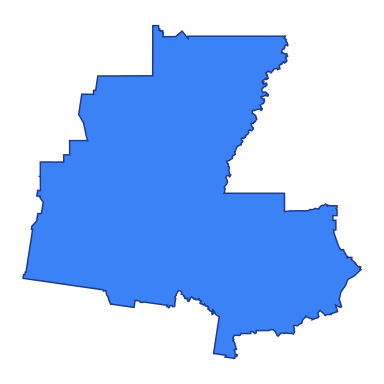 Greater Bendigo, Victoria, Australia
{"feature_id": "25037944B4073485904680", "entity_name": "Greater Bendigo", "entity_type": "district", "adm_level": 2, "iso_a3": "AUS", "parent_name": "Australia", "parent_adm1": "Victoria", "projection": "robinson", "projection_center": [144.51, -36.723], "detail": "fine", "context": "isolated", "style": "filled", "palette": "blue", "viewbox_px": 384, "rotation_deg": 0, "n_neighbors": 0, "source": "geoboundaries", "source_scale": "gbopen_adm2", "svg_char_len": 5960}
<svg xmlns="http://www.w3.org/2000/svg" viewBox="0 0 384 384"><path d="M152.8,25.6L152.7,75.8L97.8,76.0L95.7,90.3L93.6,90.3L93.6,94.3L81.8,94.2L78.7,114.5L83.5,122.8L86.5,136.8L87.7,140.6L69.6,140.6L69.7,154.8L63.7,154.8L63.7,162.1L40.3,162.0L40.3,176.6L39.9,176.6L40.4,177.0L40.4,190.7L37.7,190.3L36.8,195.9L40.2,196.4L40.0,197.8L43.2,202.0L41.5,213.5L37.8,213.6L36.6,221.0L31.9,226.2L31.4,229.4L32.6,229.6L26.0,272.2L25.3,272.1L24.8,274.9L23.6,274.7L23.0,278.3L103.5,289.9L103.5,291.0L105.7,290.4L106.6,294.6L108.3,297.7L109.0,300.5L110.7,304.3L111.6,303.9L111.7,304.2L134.0,307.4L135.1,300.4L139.7,301.0L140.3,302.3L141.6,302.5L144.4,302.1L167.5,305.3L166.9,306.5L167.7,306.4L168.5,307.6L169.3,307.5L169.5,306.7L170.4,305.4L171.9,305.6L172.4,306.6L174.2,306.6L174.6,306.3L174.9,305.3L174.8,302.5L175.5,300.9L175.0,299.6L175.8,298.9L174.8,296.7L176.2,295.4L176.2,294.0L176.7,293.6L177.9,291.3L178.9,290.7L180.7,290.9L181.7,292.8L181.3,294.1L182.6,294.4L183.6,295.4L183.7,296.1L184.6,296.9L184.6,298.3L186.3,298.8L187.2,298.2L187.9,301.2L188.7,301.3L189.5,300.6L189.4,299.8L190.4,298.7L190.4,297.9L191.3,296.9L193.0,297.6L193.0,298.3L193.7,298.9L194.4,299.2L195.4,298.9L196.0,299.7L197.0,299.5L197.9,299.8L198.6,298.3L199.0,298.5L199.4,300.1L200.0,300.0L200.5,300.9L201.5,301.0L201.5,301.3L200.2,302.3L200.0,303.0L200.3,303.6L202.4,304.0L202.9,304.7L203.7,305.1L204.6,303.8L205.7,306.1L207.8,306.0L207.8,306.5L208.4,306.9L207.8,308.1L208.7,308.7L208.4,309.3L209.1,309.4L209.4,310.6L212.0,311.7L211.9,312.9L212.2,314.5L213.0,314.1L214.2,312.4L212.5,310.2L212.4,309.8L213.0,309.7L214.1,311.2L215.7,314.4L219.2,316.7L213.6,353.5L226.4,355.3L225.0,357.0L232.7,358.1L233.1,358.4L234.7,358.3L235.2,356.6L236.8,356.5L237.2,355.3L237.1,354.7L236.7,354.4L234.9,354.7L235.0,351.8L234.1,350.0L235.3,349.4L236.5,349.5L236.7,349.1L235.6,348.2L235.7,346.3L235.1,345.5L234.6,342.5L232.9,340.8L233.9,339.8L233.8,339.3L232.8,338.7L233.4,337.4L233.4,336.4L235.1,335.1L239.5,335.5L240.2,335.1L241.2,333.5L250.7,333.6L250.7,331.4L253.0,331.8L254.8,333.5L256.2,332.8L256.2,330.6L268.9,330.6L270.6,329.6L273.1,329.8L275.2,331.3L275.7,332.9L276.5,333.4L276.7,334.9L278.0,336.2L280.6,333.5L282.8,332.9L284.2,333.4L285.4,333.3L285.9,332.9L287.8,333.4L291.5,333.4L293.5,334.0L294.7,331.4L294.2,330.9L294.1,329.5L294.4,328.7L293.4,326.0L294.7,325.3L296.5,325.8L297.6,325.8L298.6,324.7L302.0,323.0L302.1,321.5L302.9,319.5L304.6,317.9L305.7,316.2L305.9,316.9L307.3,316.9L309.3,318.2L312.3,318.8L312.1,319.8L317.5,317.5L317.8,317.8L318.9,316.5L318.4,315.3L318.0,312.7L320.0,310.4L324.1,314.0L325.2,315.6L327.2,314.5L331.1,314.5L331.1,313.7L337.6,311.6L335.5,305.0L340.0,307.3L341.6,306.8L339.1,298.8L339.6,298.0L340.8,292.1L345.8,285.1L347.1,281.0L348.2,279.2L354.3,275.8L361.0,269.6L359.9,269.2L360.7,267.0L359.4,266.5L359.0,267.0L358.1,266.6L355.3,263.7L355.7,263.3L351.4,259.5L351.8,259.3L351.8,257.4L347.9,257.4L347.4,258.0L347.0,257.8L347.8,256.8L346.7,256.0L344.1,251.5L343.6,249.7L340.6,249.7L338.5,246.1L333.9,232.7L333.7,229.9L335.9,229.9L335.8,220.2L332.9,220.5L332.9,215.6L337.0,215.6L337.0,209.4L336.1,208.4L337.0,207.6L337.0,205.8L329.0,205.7L327.5,206.1L327.7,205.0L327.1,205.0L325.6,204.1L324.0,205.2L321.8,205.5L320.8,206.2L319.6,207.2L318.9,209.1L315.0,208.3L313.9,209.2L312.4,209.6L310.1,209.5L307.7,210.8L289.8,210.9L284.5,211.6L284.5,193.5L284.9,193.3L224.0,193.3L224.7,191.7L224.5,190.2L224.8,190.0L225.1,188.6L224.3,187.8L224.6,186.5L226.7,184.2L227.5,181.8L226.8,179.4L225.8,177.4L226.7,175.8L227.3,175.5L229.4,176.1L229.3,176.8L229.8,176.8L230.8,174.9L229.5,173.7L228.8,170.6L229.3,167.1L228.2,166.2L228.5,165.2L228.3,163.9L226.9,162.6L227.0,161.0L229.3,160.6L230.3,159.5L231.9,158.8L232.6,157.8L232.2,157.2L232.6,155.9L235.3,154.5L235.2,153.1L234.5,152.1L235.2,151.4L236.6,147.5L237.2,146.7L239.6,145.2L241.1,144.9L241.4,144.2L241.0,143.4L242.7,141.7L242.5,140.6L241.3,139.8L241.4,138.7L241.9,138.1L242.5,137.8L243.2,138.5L243.9,138.5L244.1,137.7L245.2,137.4L245.7,136.8L245.3,136.2L245.7,135.4L247.2,134.7L248.8,132.9L248.2,131.1L249.8,129.9L251.2,130.8L251.9,130.6L253.3,128.9L253.2,127.9L252.1,126.8L251.4,124.9L250.7,123.9L251.5,123.1L253.1,123.6L253.6,122.5L254.5,122.3L254.6,121.7L255.4,121.1L256.8,118.9L256.1,117.9L256.1,116.7L255.8,116.2L254.8,114.9L252.2,113.0L252.3,110.7L253.2,110.3L253.7,110.7L258.2,109.1L260.0,109.2L261.1,110.4L261.8,109.8L262.3,108.7L262.1,108.3L260.9,108.0L261.1,106.9L260.1,105.3L261.9,103.8L263.5,103.5L264.5,100.8L264.1,100.4L264.2,99.2L263.1,99.6L262.8,98.4L261.4,98.2L260.9,97.2L260.9,96.5L263.0,96.3L265.1,95.6L265.7,95.0L266.3,95.7L267.3,96.2L268.1,95.7L268.3,94.4L266.3,92.9L266.1,92.3L264.8,92.0L264.0,92.5L263.5,92.1L262.8,92.4L261.7,90.5L262.1,88.7L262.8,88.3L263.0,87.6L264.8,86.4L265.6,86.6L267.1,84.4L266.2,83.1L265.5,83.4L264.2,83.3L264.2,84.3L263.7,84.4L262.6,83.1L263.4,82.0L262.6,82.2L262.1,81.8L262.7,80.6L264.9,79.3L265.0,78.7L265.6,78.6L266.1,79.6L267.1,79.4L267.4,78.5L268.2,78.3L267.9,77.4L267.3,77.1L267.4,76.4L266.9,75.8L267.3,74.8L266.3,74.6L266.4,73.6L265.9,73.0L266.8,72.6L267.2,71.6L268.1,71.4L268.7,71.8L269.5,71.3L270.6,72.7L271.3,72.7L271.6,71.9L272.3,71.6L273.6,69.4L275.1,68.6L276.0,68.7L276.5,68.2L277.3,68.6L277.6,69.5L279.9,68.7L279.4,67.9L279.6,66.9L279.3,65.2L280.2,64.8L280.7,64.1L281.7,64.3L282.7,62.0L283.4,61.9L284.3,63.0L285.2,62.6L285.0,61.8L286.3,61.8L286.8,61.1L286.8,60.1L286.2,59.5L286.1,58.5L285.5,58.0L286.1,57.3L286.2,56.4L287.1,56.7L287.7,56.2L286.9,54.2L286.4,53.7L285.4,54.1L284.0,53.4L283.4,53.5L282.6,52.5L281.9,53.0L281.5,52.9L281.9,50.3L282.5,49.2L283.9,49.0L284.5,48.2L284.8,47.2L284.4,46.8L284.4,46.3L286.0,44.8L287.6,45.8L287.9,45.5L287.1,42.4L286.0,41.8L286.3,41.2L285.5,39.3L285.8,39.2L284.2,38.2L285.4,36.2L188.0,36.2L188.0,38.5L182.1,31.1L175.6,36.6L163.2,36.8L163.2,32.4L162.7,32.4L162.7,30.8L161.9,30.6L160.3,31.3L160.0,30.1L158.9,30.2L159.0,29.6L159.7,29.2L159.7,28.9L158.7,28.7L158.6,25.6L152.8,25.6Z" fill="#3b82f6" stroke="#1e3a8a" stroke-width="1.5"/></svg>